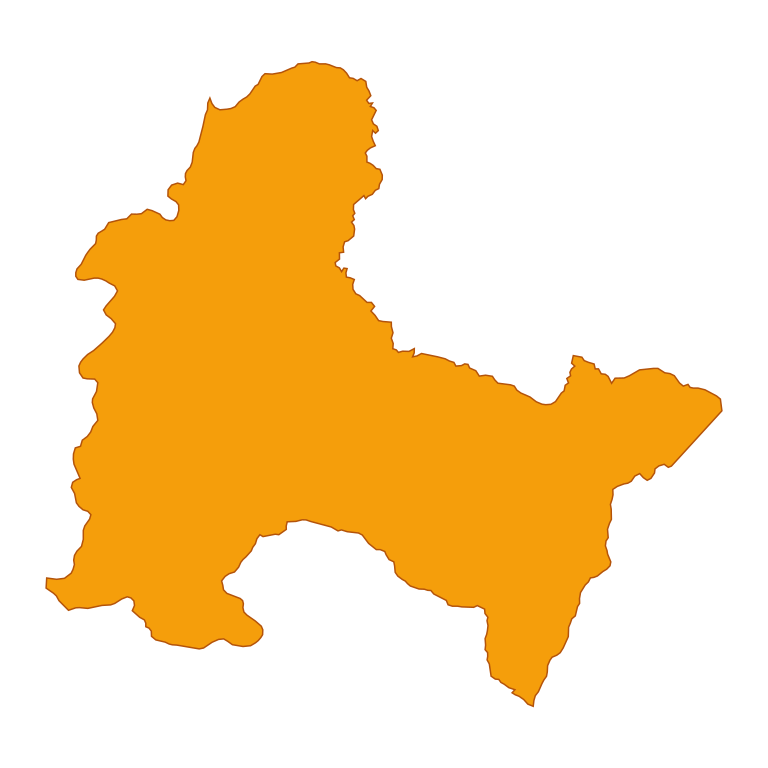 Cocalzinho de Goiás, Goiás, Brazil (Albers equal-area conic projection)
{"feature_id": "56859067B84451242980158", "entity_name": "Cocalzinho de Goiás", "entity_type": "district", "adm_level": 2, "iso_a3": "BRA", "parent_name": "Brazil", "parent_adm1": "Goiás", "projection": "albers", "projection_center": [-48.592, -15.636], "detail": "fine", "context": "isolated", "style": "filled", "palette": "amber", "viewbox_px": 768, "rotation_deg": 0, "n_neighbors": 0, "source": "geoboundaries", "source_scale": "gbopen_adm2", "svg_char_len": 6029}
<svg xmlns="http://www.w3.org/2000/svg" viewBox="0 0 768 768"><path d="M721.9,410.8L720.4,399.1L716.6,396.0L705.0,389.8L698.1,388.1L693.4,388.1L690.1,387.4L688.0,384.4L683.3,386.1L679.5,383.0L674.3,375.7L670.0,373.6L664.8,372.8L657.9,368.4L653.7,368.4L639.5,369.9L629.5,375.7L624.2,378.0L615.1,378.2L611.6,383.3L608.1,376.4L605.3,374.3L601.2,373.8L598.5,368.9L595.2,368.9L594.1,364.0L588.3,362.3L584.2,360.6L581.9,357.2L573.3,355.6L571.6,363.2L574.8,366.1L571.5,369.0L569.9,372.3L570.6,375.8L566.8,378.5L568.5,382.9L565.2,385.3L564.1,390.9L561.3,393.1L555.5,401.6L551.0,404.3L545.7,404.7L542.0,404.2L536.3,401.8L530.0,397.0L520.8,393.0L516.8,390.1L514.3,386.1L510.5,384.8L497.9,383.2L494.7,379.8L492.4,376.3L485.6,375.2L479.3,376.1L475.8,370.7L469.6,368.0L468.0,364.4L464.7,363.9L461.5,365.6L455.9,366.1L453.9,362.4L449.4,361.0L445.2,358.8L437.5,356.8L421.5,353.5L416.9,356.0L412.6,356.8L414.2,352.9L414.3,348.6L409.0,351.4L402.6,351.2L398.4,352.4L396.3,349.9L392.8,348.7L393.2,343.5L391.3,338.2L393.0,332.8L391.4,326.6L391.3,322.2L382.8,321.5L378.6,320.6L375.0,315.3L370.9,311.0L374.6,306.4L371.4,302.4L367.0,302.4L359.7,295.6L355.8,293.8L353.0,289.3L352.7,284.4L354.3,279.5L350.2,277.8L346.4,277.1L345.9,272.9L347.1,268.6L343.9,268.1L341.6,271.6L339.4,267.9L335.8,265.9L335.2,262.5L339.5,259.1L339.4,252.8L343.6,252.2L343.1,246.9L344.6,241.8L348.1,240.7L353.7,236.0L354.6,229.1L353.9,225.5L351.5,222.1L354.3,219.6L352.7,215.8L354.8,213.3L353.4,209.6L353.6,204.5L363.9,195.6L365.6,198.7L367.9,196.3L372.3,194.3L375.3,190.3L378.8,188.6L379.5,184.2L382.2,179.5L382.3,175.1L379.9,169.3L376.2,168.6L373.2,165.4L370.2,163.4L366.9,162.0L366.9,156.2L365.3,153.0L367.3,150.3L370.4,147.9L375.3,145.7L373.2,141.2L371.6,136.5L372.7,130.5L375.5,133.2L378.3,130.6L376.9,126.3L373.4,123.9L371.6,119.8L376.2,110.4L373.9,107.7L370.3,106.5L372.5,103.0L368.8,103.4L366.6,100.2L370.8,95.7L369.0,91.0L366.7,87.2L365.8,81.4L361.0,78.5L357.1,80.7L353.2,78.4L349.5,77.8L346.6,73.2L343.4,69.8L340.3,67.9L336.4,67.6L329.3,64.8L325.7,63.9L319.4,63.9L315.3,62.2L312.0,61.7L309.0,63.0L298.0,63.9L294.8,67.2L291.7,68.1L281.5,72.5L272.3,74.1L265.0,73.7L262.0,76.5L258.1,84.4L255.2,86.1L249.9,93.9L246.7,97.0L242.9,99.2L239.1,102.0L235.2,106.7L231.0,108.5L227.0,109.2L219.9,109.8L214.8,107.4L211.9,103.5L209.9,98.1L207.8,103.0L207.5,109.9L205.4,114.7L202.9,126.5L198.9,142.0L196.9,145.8L194.9,148.3L193.3,152.4L192.2,162.2L190.3,167.1L187.0,170.6L185.5,173.5L185.3,176.9L186.0,180.7L183.3,184.6L177.6,183.1L171.6,185.1L168.1,189.8L167.9,196.1L171.3,198.9L176.0,201.6L178.6,204.9L178.8,210.4L177.0,216.7L173.8,220.4L169.7,220.7L165.8,219.9L162.3,217.5L159.9,214.2L152.0,210.6L147.2,209.3L141.4,213.7L136.9,214.2L131.5,214.1L126.8,218.8L121.4,219.5L108.7,222.6L104.6,229.3L98.2,233.2L96.4,236.1L96.3,240.1L95.6,243.6L90.1,249.2L88.0,252.0L85.8,255.2L81.2,264.3L77.0,268.9L75.8,272.7L75.8,276.3L77.9,279.4L84.2,280.2L94.2,278.1L98.1,278.1L101.7,279.0L105.9,280.9L109.1,283.0L114.7,285.9L117.5,290.9L114.5,296.3L106.2,305.8L103.5,309.9L106.2,314.9L111.2,318.7L115.5,323.7L114.9,327.7L112.6,332.1L109.0,336.4L102.2,343.0L93.7,350.5L87.6,354.5L83.1,358.9L80.6,362.2L78.9,366.0L79.5,372.8L83.0,378.0L87.1,378.8L94.7,379.1L97.8,382.7L96.5,391.5L92.6,398.9L92.3,402.5L93.8,408.0L96.8,413.8L97.8,420.4L92.9,426.4L90.7,432.0L87.3,436.5L82.3,440.2L80.5,446.3L75.3,447.9L73.5,453.9L73.3,459.1L74.0,464.2L80.1,478.4L76.6,479.7L72.7,482.3L71.3,487.4L74.6,493.5L76.4,502.8L79.0,506.4L83.0,509.8L87.8,511.3L90.9,514.7L89.6,519.1L84.8,525.9L83.3,530.4L83.3,539.4L81.5,546.4L76.9,551.2L74.5,555.4L73.7,560.1L74.4,564.6L73.0,569.5L71.2,573.2L64.5,578.3L56.6,579.3L46.7,578.0L46.1,588.1L53.5,593.2L56.4,595.9L59.0,600.7L68.5,610.3L75.8,607.8L79.5,607.6L87.8,608.4L102.0,605.4L110.6,604.9L114.8,603.4L121.7,599.0L127.2,596.8L130.9,597.9L133.9,600.9L134.5,605.5L132.3,610.7L139.7,617.3L144.4,619.9L145.8,623.2L145.8,626.7L149.0,628.1L151.3,631.1L151.5,636.3L155.8,639.9L165.1,642.1L169.1,644.0L172.3,644.8L176.9,645.1L199.2,648.9L203.6,648.0L212.2,642.2L218.6,639.4L223.7,638.9L227.7,641.3L232.4,644.7L243.0,646.5L250.6,645.7L255.5,642.8L258.2,640.6L260.8,637.6L262.6,634.7L262.8,629.8L261.3,626.2L255.2,620.9L246.9,615.1L243.9,612.0L242.9,607.6L243.4,603.8L242.6,600.6L240.2,598.5L226.9,593.4L223.5,589.8L222.8,585.3L221.6,580.9L225.1,576.4L229.1,573.7L234.5,572.0L238.6,567.2L240.8,562.3L243.0,559.5L245.9,556.9L251.3,550.9L252.7,547.4L255.4,543.7L256.9,538.7L259.9,534.7L263.0,536.6L275.3,534.2L278.8,534.7L286.3,529.4L286.2,526.1L287.2,521.8L295.9,521.4L302.2,519.8L306.1,519.9L310.8,521.5L331.3,527.0L338.0,530.9L341.4,529.9L347.2,531.7L358.5,533.0L362.3,535.0L368.6,543.4L376.3,549.6L380.2,549.6L384.8,551.5L386.1,554.7L389.1,559.6L393.8,561.8L394.6,565.9L395.2,572.3L397.8,576.1L402.2,579.4L405.3,581.1L407.5,583.6L410.3,586.0L419.0,589.0L424.3,589.2L427.7,590.3L430.9,590.5L433.8,594.0L446.3,600.4L448.1,604.8L452.4,606.2L457.6,606.2L461.9,606.9L473.7,607.3L477.3,605.6L484.6,609.1L485.0,613.5L487.9,617.3L487.0,620.7L488.0,625.6L487.4,630.7L486.7,634.3L485.1,638.6L485.6,645.1L485.1,649.7L487.6,652.6L487.7,656.3L487.1,659.9L489.3,663.9L491.1,676.2L495.3,679.1L498.8,679.4L500.9,682.4L504.0,684.1L508.9,687.7L514.9,689.7L512.1,692.8L515.3,694.8L518.9,696.2L523.7,699.5L527.8,704.1L533.2,706.3L533.9,700.5L535.3,695.7L538.4,691.7L542.0,683.5L543.9,679.9L546.5,676.3L547.3,671.9L547.6,665.6L550.0,660.1L552.1,657.2L556.8,655.2L560.2,652.7L563.2,647.9L568.3,636.6L568.6,627.2L570.3,623.2L571.8,618.8L575.3,615.9L577.5,606.6L579.6,603.4L579.5,598.5L580.5,592.6L585.2,585.0L588.4,581.9L590.4,577.9L593.8,577.4L597.4,576.0L602.9,571.5L606.7,569.2L610.0,565.8L610.8,561.9L607.6,554.1L607.0,550.5L605.4,545.9L606.0,541.0L608.2,537.7L607.5,529.2L609.5,523.3L611.4,519.4L611.2,509.2L610.4,504.4L612.1,499.2L613.0,494.8L612.8,489.4L617.3,486.4L624.0,483.9L627.8,483.2L631.3,481.2L634.8,476.1L639.7,473.6L643.4,477.7L647.2,480.3L650.9,478.4L654.5,473.0L655.0,468.9L658.9,465.9L664.2,464.3L668.3,467.3L671.4,466.1L721.9,410.8Z" fill="#f59e0b" stroke="#b45309" stroke-width="1.5"/></svg>